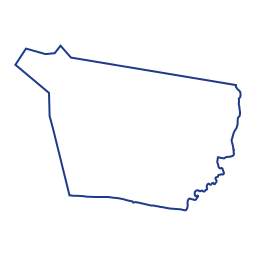 outline of Colonia Valdense, Colonia, Uruguay
{"feature_id": "84410073B47178985540084", "entity_name": "Colonia Valdense", "entity_type": "district", "adm_level": 2, "iso_a3": "URY", "parent_name": "Uruguay", "parent_adm1": "Colonia", "projection": "orthographic", "projection_center": [-57.146, -34.39], "detail": "fine", "context": "isolated", "style": "outline", "palette": "blue", "viewbox_px": 256, "rotation_deg": 0, "n_neighbors": 0, "source": "geoboundaries", "source_scale": "gbopen_adm2", "svg_char_len": 2731}
<svg xmlns="http://www.w3.org/2000/svg" viewBox="0 0 256 256"><path d="M236.0,85.1L199.3,79.0L71.0,57.6L60.5,45.7L54.7,53.2L45.5,54.1L26.0,48.6L15.4,64.8L49.0,92.9L49.6,116.0L53.3,129.8L69.5,195.4L70.6,195.4L72.5,195.7L74.2,195.8L76.7,195.8L79.1,195.9L83.7,196.2L86.1,196.6L86.9,196.7L95.4,197.0L108.4,197.0L113.2,197.7L118.3,198.2L123.0,199.1L126.7,200.2L130.5,201.1L132.4,201.4L132.8,201.9L133.3,202.6L135.8,202.1L136.6,202.3L137.3,202.4L137.6,202.4L138.4,202.6L151.5,205.6L153.2,205.5L156.3,206.1L158.3,206.4L160.1,206.9L162.2,207.1L163.6,207.3L165.0,207.7L166.4,207.9L168.4,208.3L169.5,208.4L170.6,208.6L172.2,208.7L181.4,209.4L182.4,209.8L184.1,210.1L184.8,210.2L185.3,210.2L185.8,210.3L186.9,208.8L187.5,207.3L187.7,204.6L187.5,203.4L187.6,202.3L187.7,201.0L188.3,199.7L188.9,198.9L189.8,198.6L192.2,199.3L195.0,200.0L195.9,199.6L196.5,198.7L197.1,197.7L197.7,196.9L198.0,196.6L198.1,196.1L198.0,195.9L197.8,195.7L197.4,195.6L197.1,195.8L196.0,196.1L195.6,196.1L195.1,195.7L194.8,194.9L194.7,193.9L194.7,192.7L195.0,191.9L195.4,191.3L196.2,190.7L197.2,190.3L197.5,190.3L198.1,190.4L199.4,191.0L200.0,191.3L200.5,191.1L201.0,190.9L201.6,190.6L202.1,190.6L202.9,191.2L203.6,191.5L204.2,191.5L204.6,191.3L205.1,190.7L205.6,190.0L206.2,189.8L206.8,189.6L207.1,189.2L207.2,188.7L206.9,188.0L206.7,187.1L206.8,186.2L206.9,185.7L207.3,184.6L207.9,184.0L208.4,183.7L208.8,183.7L209.2,183.9L209.5,184.3L210.0,184.6L210.5,184.7L210.9,184.7L211.1,184.5L211.5,184.0L211.9,183.5L212.4,183.0L213.0,182.9L213.6,183.4L214.1,184.1L214.5,184.1L214.9,184.0L215.2,183.6L215.6,182.9L216.2,182.2L216.5,181.6L216.6,180.8L216.4,180.2L216.1,179.8L215.7,179.3L215.5,178.8L215.5,178.1L215.7,177.6L216.2,177.3L217.1,177.0L217.8,176.8L218.1,176.3L218.2,175.7L218.4,175.1L218.9,174.9L219.5,174.8L220.2,174.7L220.9,174.4L221.4,174.2L222.1,174.5L222.8,174.5L223.3,174.3L223.7,173.9L223.9,173.1L223.8,172.2L223.5,171.7L222.9,170.5L222.6,168.8L222.2,168.3L221.5,168.0L221.0,168.2L220.3,168.4L219.6,168.1L218.9,167.5L218.5,166.5L218.1,164.6L217.7,163.4L217.3,162.5L217.3,161.0L217.6,160.1L217.7,158.3L217.9,157.3L218.3,157.2L219.7,157.6L221.0,157.9L224.0,158.4L224.4,158.2L225.5,157.4L226.9,156.9L229.9,156.8L232.1,156.1L233.3,155.5L234.0,153.9L233.5,151.9L234.0,150.2L233.5,149.9L233.2,149.1L233.4,148.8L233.4,148.5L233.0,146.3L232.7,145.0L232.3,143.4L231.7,141.3L231.7,139.6L232.2,138.3L232.5,137.2L232.8,135.9L233.8,132.6L235.0,130.3L236.5,128.0L237.1,125.8L237.7,123.9L237.6,123.1L237.6,122.4L237.7,120.2L237.9,117.9L239.6,116.0L240.0,114.0L240.0,111.9L239.7,109.8L239.4,108.3L239.4,107.0L238.8,104.3L239.0,101.4L238.8,98.7L240.3,96.9L240.6,94.1L240.2,92.1L239.4,90.8L237.7,89.4L235.9,86.9L236.0,85.1Z" fill="none" stroke="#1e3a8a" stroke-width="2"/></svg>